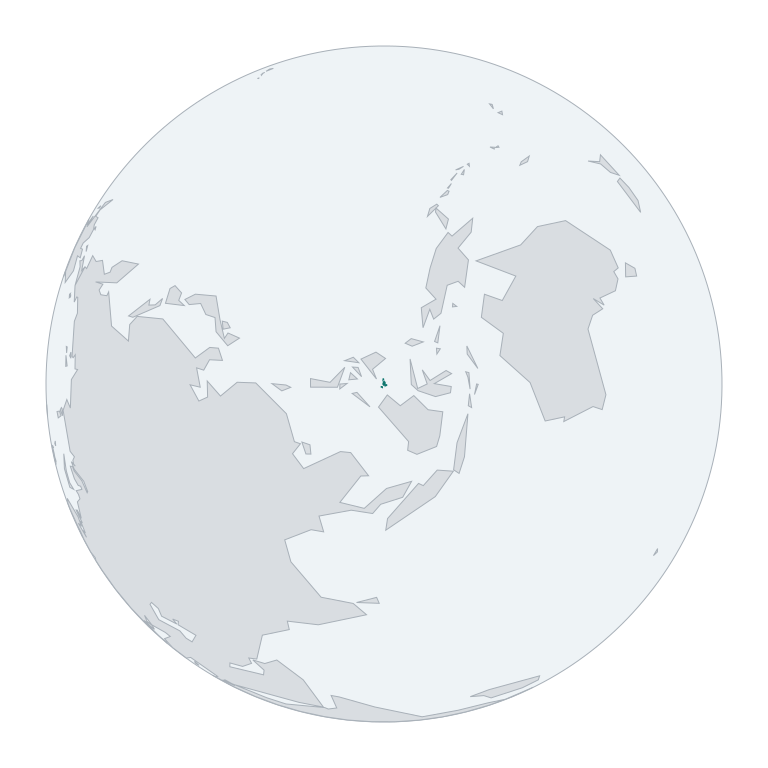 the Earth from above Sulu, rotated 269°
{"feature_id": "PHL-2524", "entity_name": "Sulu", "entity_type": "Province", "adm_level": 1, "iso_a3": "PHL", "parent_name": "Philippines", "parent_adm1": "", "projection": "orthographic", "projection_center": [121.056, 5.938], "detail": "medium", "context": "on_globe", "style": "filled", "palette": "teal", "viewbox_px": 768, "rotation_deg": 269, "n_neighbors": 0, "source": "natural_earth", "source_scale": "10m", "svg_char_len": 8772}
<svg xmlns="http://www.w3.org/2000/svg" viewBox="0 0 768 768"><g transform="rotate(269 384 384)"><circle cx="384" cy="384" r="338" fill="#eef3f6" stroke="#a8b0b8"/><path d="M662.2,494.4L661.8,496.7L661.5,497.1L662.2,494.4ZM553.7,91.8L548.3,89.8L557.1,96.3L546.3,89.7L570.4,108.6L573.2,116.3L563.1,103.2L556.7,98.7L555.2,101.0L548.3,97.1L543.6,96.3L535.5,91.8L530.2,85.7L524.9,83.0L524.1,84.9L515.5,82.5L517.5,79.8L502.6,75.5L491.1,67.0L502.8,67.7L496.4,65.3L525.6,77.2L553.7,91.8ZM701.5,278.9L698.7,271.5L700.9,275.1L701.5,278.9ZM696.6,267.8L697.7,270.2L696.7,268.4L696.6,267.8ZM695.7,267.1L696.4,267.6L695.9,267.8L695.7,267.1ZM694.8,267.0L695.2,266.7L695.2,267.1L694.8,267.0ZM692.3,264.7L691.6,263.8L691.7,262.8L692.3,264.7ZM564.9,102.5L564.8,101.3L567.2,104.0L564.9,102.5ZM544.4,97.1L546.6,98.9L543.2,97.8L544.4,97.1ZM527.7,90.2L521.6,88.5L526.9,89.0L527.7,90.2ZM517.5,86.8L502.8,83.7L506.4,87.1L487.9,76.8L506.5,82.2L512.5,82.1L512.7,84.1L517.5,86.8ZM480.0,72.1L475.7,70.8L479.2,71.1L480.0,72.1ZM95.9,207.5L94.2,210.4L94.6,212.5L114.0,185.9L113.4,181.7L124.1,168.1L133.2,160.1L135.3,165.9L139.5,160.9L147.2,147.7L156.9,140.5L151.0,142.8L146.5,148.1L142.7,150.2L146.5,145.6L149.8,142.8L151.8,139.7L135.6,155.1L129.4,162.2L128.9,162.3L146.0,144.2L164.3,127.3L183.8,111.8L204.3,97.8L201.4,99.7L212.5,92.9L215.3,92.3L221.1,87.9L233.7,81.4L242.5,77.7L247.7,75.2L236.4,80.0L264.3,68.0L269.9,66.0L275.2,65.3L256.4,75.9L247.7,78.8L250.1,76.0L235.9,83.9L242.8,80.6L240.2,82.8L251.6,78.5L250.4,80.0L263.4,73.9L263.2,75.2L254.9,79.0L271.5,75.4L274.5,78.0L278.9,76.6L282.7,74.4L283.9,80.1L287.1,78.9L287.9,76.5L294.7,72.8L307.3,68.9L307.0,71.1L302.4,72.7L292.5,80.2L280.4,85.3L281.5,85.9L292.0,82.1L304.2,72.8L311.8,70.0L307.2,73.9L309.5,72.2L313.2,71.6L316.6,73.2L322.2,69.0L363.3,62.7L374.0,66.6L365.4,70.0L393.9,71.5L403.8,77.9L404.5,75.3L418.6,75.8L415.7,73.6L417.1,72.6L452.1,75.5L460.1,78.7L476.0,79.3L476.4,78.3L471.3,75.7L487.9,76.8L506.4,87.1L504.6,88.7L517.4,95.0L511.5,98.3L512.5,104.7L498.6,106.3L500.6,112.1L505.4,114.1L511.8,124.3L508.2,140.6L489.8,118.6L491.1,97.4L488.7,104.7L482.9,100.8L478.2,102.4L477.1,108.4L480.9,110.3L446.7,112.6L431.4,129.2L447.9,130.8L455.9,138.4L452.9,164.0L413.3,195.8L423.6,210.4L422.7,219.1L410.4,222.9L411.3,210.0L401.0,204.0L403.4,196.9L384.0,200.2L386.6,190.1L370.2,198.6L374.0,207.4L390.1,207.3L374.8,220.3L388.3,237.2L387.3,255.8L356.0,285.9L327.9,293.4L325.7,299.4L315.9,291.3L300.8,302.2L317.2,339.3L316.0,349.5L292.5,367.0L292.4,359.2L266.4,337.8L260.0,362.1L279.5,384.7L286.2,409.9L270.4,400.7L263.8,378.6L254.7,370.4L258.4,349.0L253.1,316.7L237.2,321.1L239.6,308.6L229.9,282.0L207.8,287.8L171.9,317.4L165.1,349.4L153.6,362.5L144.4,314.1L148.6,283.2L140.1,285.0L135.0,258.0L111.2,252.0L112.4,244.0L107.0,246.7L104.1,237.7L107.8,225.1L104.0,224.9L95.3,258.5L100.0,259.1L110.4,248.0L106.6,259.9L109.9,272.0L89.6,298.1L62.0,317.8L67.1,293.7L86.4,227.8L90.2,221.3L90.6,220.5L91.3,219.2L85.0,229.6L91.0,217.4L72.3,261.4L65.8,280.4L61.5,319.1L60.0,322.6L60.9,331.1L73.5,325.7L71.9,333.7L61.2,369.3L50.6,416.3L56.5,452.4L63.4,482.5L66.7,499.9L76.5,523.8L78.2,527.8L68.8,505.8L61.0,483.3L54.8,460.2L50.2,436.8L47.3,413.1L46.1,389.2L46.6,365.4L48.7,341.6L52.6,318.0L58.1,294.8L65.2,272.0L73.9,249.8L84.1,228.2L95.9,207.5ZM129.5,187.6L136.0,191.6L146.9,173.9L150.3,174.3L152.7,168.6L147.6,172.7L155.7,157.6L163.4,154.5L169.7,147.7L167.8,146.2L152.3,154.7L140.7,175.6L133.3,181.7L129.5,187.6ZM369.4,46.4L368.9,46.4L357.6,47.1L358.5,47.0L369.4,46.4ZM309.2,54.8L313.5,53.7L315.1,53.5L327.2,51.1L327.4,51.5L320.2,53.0L309.2,54.8ZM110.0,189.7L105.9,194.2L107.6,191.3L108.7,190.3L110.0,189.7ZM311.4,54.8L316.3,53.7L313.3,54.6L311.4,54.8ZM328.1,51.7L325.8,52.6L328.8,51.3L328.1,51.7ZM207.7,650.4L214.7,654.7L211.3,654.4L207.7,650.4ZM76.5,483.5L89.5,534.5L85.5,533.1L77.9,517.1L68.3,485.6L70.7,478.4L69.9,464.8L76.5,483.5ZM371.9,474.3L382.4,476.6L382.0,478.2L371.9,474.3ZM360.8,467.9L372.8,469.4L358.9,471.2L360.8,467.9ZM377.4,470.0L389.5,468.0L394.8,465.9L393.9,469.1L377.4,470.0ZM352.8,467.4L309.9,463.2L293.3,457.5L297.0,452.1L324.0,456.0L352.8,467.4ZM295.6,451.8L270.5,433.3L237.8,383.2L249.4,385.2L284.0,416.8L281.7,421.5L297.0,435.7L295.6,451.8ZM357.5,427.6L355.2,442.3L331.3,438.9L320.6,435.5L313.1,415.7L317.3,406.5L326.0,407.6L361.0,378.1L373.0,387.1L362.0,399.9L371.9,413.6L357.5,427.6ZM166.0,352.7L170.8,372.9L164.8,375.4L166.0,352.7ZM376.1,356.8L361.4,369.6L375.1,352.0L376.1,356.8ZM384.7,339.9L385.2,347.1L379.8,339.7L384.7,339.9ZM324.5,308.9L315.2,309.7L315.4,304.7L327.4,300.9L324.5,308.9ZM386.3,272.0L384.7,286.0L382.3,290.7L378.9,281.7L386.3,272.0ZM319.9,62.6L302.9,64.8L290.8,68.0L284.1,71.9L286.2,68.1L304.9,63.0L319.9,62.6ZM357.9,62.1L363.7,59.8L366.1,61.0L365.1,61.7L357.9,62.1ZM357.9,60.6L355.8,57.7L362.2,56.6L362.6,59.0L357.9,60.6ZM332.8,54.3L327.8,54.7L330.3,53.8L332.8,54.3ZM582.4,620.9L585.8,623.5L576.1,632.4L563.0,641.2L551.1,643.6L582.4,620.9ZM487.5,638.5L486.9,627.5L500.9,627.5L495.3,636.9L487.5,638.5ZM591.6,614.1L600.2,604.5L603.4,591.9L602.5,603.5L609.4,604.4L588.6,622.8L591.6,614.1ZM435.4,588.9L369.4,605.7L354.6,601.7L357.8,592.6L343.3,563.1L348.0,564.0L344.2,544.5L382.9,530.1L410.4,500.4L432.6,504.2L449.0,482.5L472.0,486.0L465.4,503.7L489.6,517.7L505.5,478.2L520.7,523.1L538.7,540.2L544.2,568.4L513.9,612.6L496.0,620.2L492.4,615.7L485.0,619.8L473.2,617.0L466.2,601.4L459.0,605.5L465.8,594.7L455.4,604.0L449.1,593.8L435.4,588.9ZM600.3,523.6L603.8,525.1L609.4,533.2L603.8,531.4L600.3,523.6ZM653.3,502.8L654.8,506.6L651.2,507.2L653.3,502.8ZM661.5,497.1L657.2,498.2L662.2,494.4L661.5,497.1ZM618.4,499.3L620.2,502.2L618.7,503.1L618.4,499.3ZM617.0,498.3L619.1,494.1L618.8,498.5L617.0,498.3ZM600.2,473.2L602.3,471.1L603.2,472.9L600.2,473.2ZM397.9,478.1L412.5,467.7L420.6,467.5L397.9,478.1ZM597.1,468.1L591.8,467.2L592.3,464.9L597.1,468.1ZM597.4,462.7L596.8,459.3L600.2,467.3L597.4,462.7ZM587.1,454.4L593.7,460.8L586.4,455.0L587.1,454.4ZM583.3,454.9L578.6,451.9L578.9,450.9L583.3,454.9ZM530.7,454.6L548.2,475.6L534.3,473.8L518.6,460.4L506.6,470.6L479.3,466.3L485.4,459.9L481.6,448.9L453.7,442.2L448.0,434.8L457.9,431.1L439.6,424.0L459.6,422.6L467.9,437.5L479.3,427.5L499.1,432.1L518.6,438.6L534.4,450.7L530.7,454.6ZM459.9,453.8L463.4,454.2L460.3,458.1L459.9,453.8ZM569.6,443.2L576.4,450.7L575.6,452.4L572.3,451.0L569.6,443.2ZM538.0,448.6L555.0,438.5L559.0,439.1L547.8,451.3L538.0,448.6ZM550.8,430.4L558.7,432.9L562.9,439.9L561.3,441.5L550.8,430.4ZM418.9,437.1L418.2,440.9L413.0,437.4L418.9,437.1ZM425.6,435.3L441.3,441.0L424.2,438.5L425.6,435.3ZM378.9,417.6L383.3,427.2L397.5,422.5L386.7,430.1L396.4,446.3L393.2,451.8L383.5,434.3L380.3,451.2L374.1,450.3L370.5,435.3L376.7,418.0L383.0,411.3L408.6,410.5L378.9,417.6ZM425.4,424.0L421.3,412.8L424.4,405.9L428.9,412.0L425.4,424.0ZM409.5,386.0L398.9,372.8L389.1,376.6L409.3,361.4L416.0,376.5L409.5,386.0ZM401.0,358.4L391.7,361.7L401.5,352.8L401.0,358.4ZM389.5,357.5L388.8,348.9L395.9,350.7L389.5,357.5ZM405.7,359.2L408.0,345.1L411.3,353.8L405.7,359.2ZM386.6,330.1L401.4,345.1L381.6,337.4L382.1,310.5L390.7,310.6L386.6,330.1ZM442.9,231.2L441.6,224.1L449.7,223.4L448.3,228.4L442.9,231.2ZM474.9,217.6L451.4,221.1L432.4,225.2L437.7,228.9L432.4,240.3L425.0,228.4L439.2,217.0L453.4,216.2L456.6,207.1L467.7,202.1L466.8,190.6L472.0,186.4L477.1,197.0L474.9,217.6ZM465.9,185.7L468.5,166.9L483.2,171.7L486.0,176.8L478.6,183.2L471.2,180.2L465.9,185.7ZM473.4,164.1L466.3,161.3L455.1,134.1L456.5,129.8L472.8,151.5L467.0,150.3L467.1,156.6L473.4,164.1ZM476.5,72.1L475.8,71.0L479.0,72.4L476.5,72.1ZM415.2,71.4L417.7,70.2L421.4,71.5L415.2,71.4ZM426.6,67.9L420.6,67.2L427.1,67.0L426.6,67.9ZM407.2,66.1L418.3,66.5L407.6,67.5L407.2,66.1Z" fill="#d9dde1" stroke="#a8b0b8" stroke-width="1"/><path d="M385.9,383.6L386.0,383.6L386.2,383.8L386.1,384.0L385.9,384.1L386.0,384.2L385.9,384.2L385.7,384.2L385.6,384.3L385.4,384.4L385.4,384.5L385.3,384.4L385.2,384.4L385.2,384.1L384.8,384.0L384.3,384.2L384.1,384.3L384.0,384.1L383.7,384.1L383.3,384.3L383.2,384.3L383.2,384.2L382.9,384.0L382.9,383.9L383.0,383.6L383.3,383.5L383.5,383.3L383.8,383.1L384.3,383.1L384.7,383.3L384.9,383.6L385.1,383.6L385.3,383.5L385.5,383.6L385.9,383.6ZM381.3,381.4L381.3,381.5L381.2,382.1L380.8,382.2L380.7,382.2L380.8,382.0L380.9,381.9L381.0,381.8L381.1,381.6L381.1,381.4L381.3,381.4ZM382.9,386.1L383.0,386.2L383.1,386.4L383.1,386.5L382.8,386.6L382.6,386.4L382.7,386.2L382.8,386.2L382.9,386.1ZM389.0,383.4L389.0,383.5L388.8,383.6L388.7,383.6L388.4,383.4L388.2,383.2L388.3,383.2L388.6,383.4L388.8,383.4L389.0,383.4ZM384.9,384.7L385.0,384.7L385.0,384.8L384.8,384.8L384.6,384.9L384.5,384.7L384.8,384.6L384.9,384.7ZM382.9,385.4L383.0,385.4L383.0,385.5L382.7,385.6L382.5,385.4L382.8,385.4L382.9,385.4ZM383.1,385.1L383.3,385.2L383.2,385.3L383.0,385.2L383.1,385.1Z" fill="#14b8a6" stroke="#0f766e" stroke-width="1.5"/></g></svg>